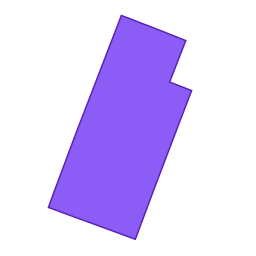 Slope, North Dakota, United States of America, rotated 111°
{"feature_id": "52423323B48039047752616", "entity_name": "Slope", "entity_type": "district", "adm_level": 2, "iso_a3": "USA", "parent_name": "United States of America", "parent_adm1": "North Dakota", "projection": "albers", "projection_center": [-103.638, 46.455], "detail": "fine", "context": "isolated", "style": "filled", "palette": "violet", "viewbox_px": 256, "rotation_deg": 111, "n_neighbors": 0, "source": "geoboundaries", "source_scale": "gbopen_adm2", "svg_char_len": 349}
<svg xmlns="http://www.w3.org/2000/svg" viewBox="0 0 256 256"><g transform="rotate(111 128 128)"><path d="M174.0,81.8L105.2,82.0L70.3,82.0L70.2,105.6L25.7,105.4L25.6,113.6L25.3,147.0L25.4,151.5L25.3,158.1L25.3,162.7L25.3,174.5L150.8,174.7L217.7,174.1L230.7,173.8L229.3,81.3L174.0,81.8Z" fill="#8b5cf6" stroke="#5b21b6" stroke-width="1.5"/></g></svg>